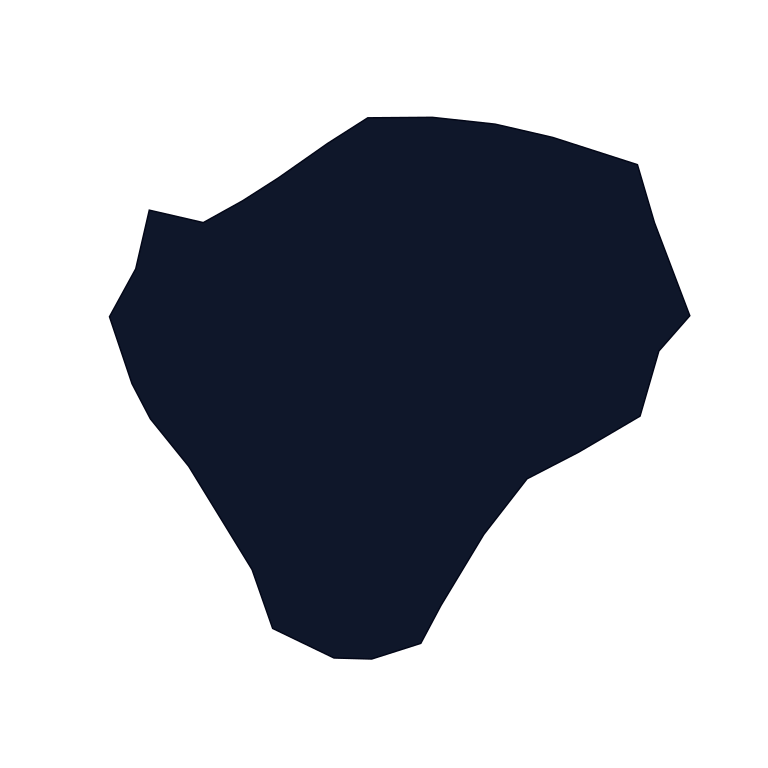 Ftericha, Cyprus (Robinson projection), rotated 103°
{"feature_id": "46923920B7341573367823", "entity_name": "Ftericha", "entity_type": "district", "adm_level": 2, "iso_a3": "CYP", "parent_name": "Cyprus", "parent_adm1": "", "projection": "robinson", "projection_center": [33.226, 35.318], "detail": "fine", "context": "isolated", "style": "filled", "palette": "ink", "viewbox_px": 768, "rotation_deg": 103, "n_neighbors": 0, "source": "geoboundaries", "source_scale": "gbopen_adm2", "svg_char_len": 531}
<svg xmlns="http://www.w3.org/2000/svg" viewBox="0 0 768 768"><g transform="rotate(103 384 384)"><path d="M248.7,101.4L165.9,156.8L113.3,186.4L105.8,275.0L105.8,334.1L113.3,396.9L128.3,459.7L162.2,493.0L207.3,533.6L237.4,563.1L267.4,596.4L267.4,651.8L327.6,651.8L380.2,666.6L440.4,629.6L470.5,603.8L508.1,555.8L553.2,511.4L594.5,470.8L647.2,437.5L662.2,371.1L654.7,334.1L628.4,289.8L587.0,278.7L508.1,252.9L444.2,223.3L406.6,179.0L357.7,127.3L290.0,123.6L248.7,101.4Z" fill="#0f172a" stroke="#020617" stroke-width="1.5"/></g></svg>